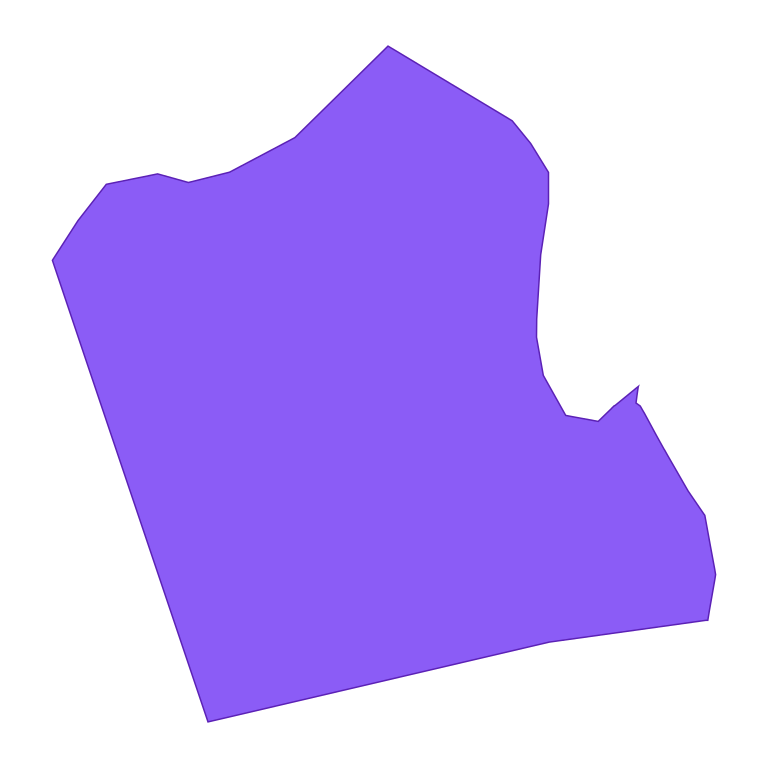 outline of Gereida, Southern Darfur, Sudan
{"feature_id": "16777658B8719376045507", "entity_name": "Gereida", "entity_type": "district", "adm_level": 2, "iso_a3": "SDN", "parent_name": "Sudan", "parent_adm1": "Southern Darfur", "projection": "equal_earth", "projection_center": [25.542, 11.151], "detail": "fine", "context": "isolated", "style": "filled", "palette": "violet", "viewbox_px": 768, "rotation_deg": 0, "n_neighbors": 0, "source": "geoboundaries", "source_scale": "gbopen_adm2", "svg_char_len": 846}
<svg xmlns="http://www.w3.org/2000/svg" viewBox="0 0 768 768"><path d="M636.9,396.1L638.2,386.8L638.3,386.5L637.3,387.3L636.5,387.9L617.6,403.4L614.9,405.6L614.3,405.7L611.9,408.0L611.4,408.6L598.2,421.4L571.4,416.5L565.7,415.4L543.3,375.4L536.5,337.2L536.7,319.0L540.7,254.7L548.5,203.9L548.5,172.4L530.7,143.5L512.2,120.8L388.0,46.1L350.2,83.3L312.3,120.5L294.9,137.6L229.5,172.2L188.4,182.5L157.6,173.9L106.3,184.3L78.0,220.6L52.4,260.3L86.4,361.4L97.1,393.1L208.0,721.9L549.2,642.1L706.0,620.3L707.8,620.3L708.9,613.6L709.4,610.5L714.8,579.7L715.6,574.6L714.8,569.8L714.8,569.7L710.4,546.0L706.6,525.1L704.8,515.3L703.7,513.8L699.6,507.8L688.1,491.0L667.4,455.0L664.3,449.5L664.1,449.3L656.1,434.9L644.6,413.6L642.9,410.7L640.5,406.5L640.2,406.0L636.0,403.0L636.6,398.5L636.9,396.1Z" fill="#8b5cf6" stroke="#5b21b6" stroke-width="1.5"/></svg>